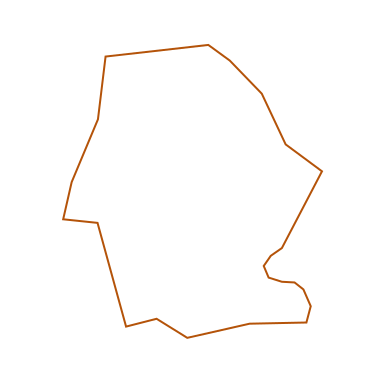 map outline of Buhweju (Natural Earth projection), rotated 80°
{"feature_id": "UGA-5624", "entity_name": "Buhweju", "entity_type": "District", "adm_level": 1, "iso_a3": "UGA", "parent_name": "Uganda", "parent_adm1": "", "projection": "natural_earth1", "projection_center": [30.364, -0.352], "detail": "fine", "context": "isolated", "style": "outline", "palette": "amber", "viewbox_px": 384, "rotation_deg": 80, "n_neighbors": 0, "source": "natural_earth", "source_scale": "10m", "svg_char_len": 445}
<svg xmlns="http://www.w3.org/2000/svg" viewBox="0 0 384 384"><g transform="rotate(80 192 192)"><path d="M194.2,60.4L262.8,113.2L268.5,125.5L277.3,134.2L289.6,131.4L296.0,119.1L298.9,106.7L307.3,99.2L325.1,94.9L340.4,102.0L331.7,158.1L334.8,222.0L310.7,248.9L313.1,280.3L206.0,290.4L196.5,323.6L161.4,308.8L104.1,272.0L43.6,253.6L50.0,150.4L69.1,132.0L107.3,106.2L161.4,91.5L194.2,60.4Z" fill="none" stroke="#b45309" stroke-width="2"/></g></svg>